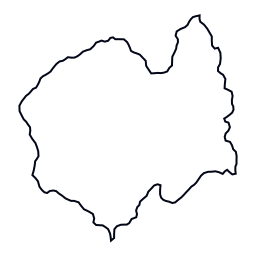 Pedra do Indaiá, Minas Gerais, Brazil
{"feature_id": "56859067B98249268301401", "entity_name": "Pedra do Indaiá", "entity_type": "district", "adm_level": 2, "iso_a3": "BRA", "parent_name": "Brazil", "parent_adm1": "Minas Gerais", "projection": "robinson", "projection_center": [-45.221, -20.289], "detail": "fine", "context": "isolated", "style": "outline", "palette": "ink", "viewbox_px": 256, "rotation_deg": 0, "n_neighbors": 0, "source": "geoboundaries", "source_scale": "gbopen_adm2", "svg_char_len": 2621}
<svg xmlns="http://www.w3.org/2000/svg" viewBox="0 0 256 256"><path d="M47.1,193.0L49.8,191.0L53.4,190.5L56.3,191.2L58.6,193.3L62.3,195.8L65.5,198.4L68.1,199.6L71.1,200.9L74.1,200.9L78.6,202.3L80.9,205.5L83.9,209.2L88.5,211.4L92.9,214.0L94.2,218.5L93.4,222.4L96.1,225.0L99.5,225.2L102.8,225.4L105.4,227.1L108.1,229.1L110.0,233.4L110.6,236.6L111.0,240.6L114.1,238.0L114.1,234.0L114.4,229.2L116.8,226.3L120.6,224.8L124.1,224.6L126.8,224.6L129.2,223.1L131.6,219.0L136.2,217.3L137.0,214.2L136.1,210.5L137.3,207.1L139.4,204.9L140.0,201.7L142.8,199.1L146.7,195.8L148.3,191.7L151.2,188.7L154.1,185.5L157.5,184.3L160.5,185.2L160.1,189.8L160.1,194.4L161.1,197.6L163.1,199.7L165.7,200.9L169.1,201.7L172.3,203.0L175.2,202.4L178.1,199.9L181.2,197.5L183.9,194.8L186.3,192.1L188.9,189.4L191.4,186.6L194.1,184.8L196.3,182.6L198.4,179.5L201.0,175.7L203.9,173.1L208.1,171.8L211.7,171.7L215.5,171.3L219.2,172.3L222.7,173.9L224.7,171.5L227.1,169.8L229.7,172.3L232.3,174.4L235.7,173.7L235.3,169.9L235.4,166.6L236.5,163.9L236.5,160.3L236.6,156.1L235.9,151.9L233.2,149.2L232.0,145.3L230.0,141.9L225.6,140.6L224.7,136.8L225.7,133.4L228.4,130.7L229.9,127.2L228.5,122.6L225.3,121.6L224.2,118.6L227.0,116.8L229.9,114.6L232.2,112.6L233.5,109.7L233.3,106.6L232.0,103.9L231.9,100.1L232.6,95.9L231.6,91.7L227.8,89.7L224.6,88.3L224.8,84.4L225.4,79.0L223.1,74.8L220.4,73.1L218.0,71.0L218.1,67.3L220.0,64.0L220.7,58.4L220.4,52.9L218.1,47.8L214.7,48.6L212.1,45.5L211.8,41.0L211.8,36.5L209.5,32.5L207.2,28.6L204.0,24.6L200.3,21.8L199.5,18.8L199.6,15.4L195.6,16.3L192.9,17.1L190.7,19.4L189.1,21.8L187.6,24.9L185.0,27.2L180.7,28.9L176.7,31.4L175.6,35.7L177.9,39.3L177.9,42.5L176.6,45.4L176.2,48.6L174.6,52.2L172.3,56.8L172.1,61.5L172.0,65.5L169.3,67.9L167.3,71.4L164.1,72.6L161.0,73.1L157.4,72.9L154.6,73.2L151.2,73.4L148.9,70.0L146.2,65.9L145.7,60.8L142.2,57.2L139.9,54.7L137.3,53.6L133.5,52.3L131.0,50.9L129.9,47.8L128.6,44.8L127.1,42.1L123.9,39.3L119.2,39.2L115.3,39.2L113.0,37.4L110.4,37.9L108.1,40.8L104.8,41.6L101.5,40.6L98.8,41.7L96.1,42.6L93.8,45.9L90.2,49.3L87.0,50.1L83.0,51.6L79.7,54.6L77.3,56.3L74.5,57.6L71.7,57.7L67.9,57.2L65.6,59.0L63.0,60.7L59.5,61.5L56.3,64.1L53.0,68.1L50.4,71.7L48.1,73.3L45.5,74.9L42.8,76.3L40.4,78.6L39.3,81.7L38.0,84.4L36.1,87.6L32.9,89.0L31.0,91.3L29.0,93.6L26.0,95.9L23.9,98.6L21.8,101.3L19.4,105.7L19.6,111.2L21.7,115.5L23.7,119.3L26.2,121.8L28.0,124.5L30.0,127.2L30.3,130.7L29.7,134.5L32.2,138.8L35.4,143.0L36.9,146.9L38.2,151.1L38.5,156.2L37.0,158.7L35.2,161.2L34.6,166.0L33.7,170.6L32.4,175.1L35.5,178.1L37.9,181.2L39.5,186.8L42.0,190.1L44.4,192.3L47.1,193.0Z" fill="none" stroke="#020617" stroke-width="2"/></svg>